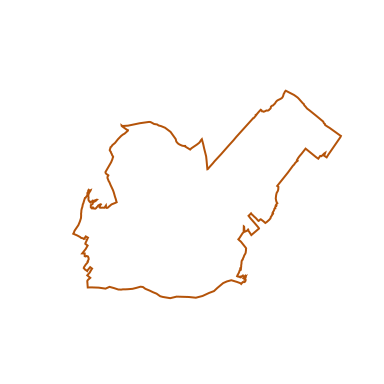 outline of Bucovat, Dolj, Romania, rotated 127°
{"feature_id": "2599482B36791492645492", "entity_name": "Bucovat", "entity_type": "district", "adm_level": 2, "iso_a3": "ROU", "parent_name": "Romania", "parent_adm1": "Dolj", "projection": "orthographic", "projection_center": [23.683, 44.282], "detail": "fine", "context": "isolated", "style": "outline", "palette": "amber", "viewbox_px": 384, "rotation_deg": 127, "n_neighbors": 0, "source": "geoboundaries", "source_scale": "gbopen_adm2", "svg_char_len": 5971}
<svg xmlns="http://www.w3.org/2000/svg" viewBox="0 0 384 384"><g transform="rotate(127 192 192)"><path d="M181.2,288.3L181.5,288.0L181.6,287.2L181.5,282.0L181.3,280.6L181.2,280.3L181.6,280.1L186.1,281.0L187.3,281.6L189.7,282.3L194.5,282.9L199.1,283.0L202.5,283.8L204.3,283.7L205.3,284.0L206.4,283.5L207.9,283.0L208.2,282.8L208.5,282.1L208.7,281.1L209.3,280.5L209.8,279.2L210.3,278.5L210.8,277.6L211.1,276.6L211.4,276.1L212.3,275.9L213.8,275.3L216.9,274.5L228.2,273.1L228.8,272.4L229.1,271.3L229.1,270.3L229.0,269.2L229.0,268.8L229.2,268.7L230.5,268.7L231.2,268.3L231.7,267.9L233.6,264.8L233.8,264.0L235.4,261.3L238.1,256.2L239.5,254.1L242.1,250.7L243.6,248.5L244.5,247.4L245.5,246.0L247.2,246.9L250.3,248.8L255.4,249.9L256.2,250.8L256.1,251.4L255.7,251.9L254.8,252.4L254.6,252.6L256.1,252.5L257.3,252.5L258.2,253.8L259.7,255.7L259.9,256.2L259.9,256.5L258.9,256.9L258.4,257.3L256.7,257.3L256.7,257.5L257.5,258.0L259.3,258.8L260.4,258.7L261.3,258.9L262.6,258.9L263.3,259.1L263.7,259.4L263.8,259.8L264.3,260.5L264.0,261.8L265.1,261.8L265.3,261.9L265.2,263.5L263.4,264.9L261.5,264.2L261.0,264.6L259.0,264.5L258.1,264.0L256.9,263.5L255.4,263.3L255.5,263.5L256.6,264.1L257.6,264.8L258.7,265.4L258.5,265.7L258.7,266.2L259.8,266.2L260.4,266.5L260.8,267.1L261.5,267.0L261.3,268.2L260.9,269.4L260.7,269.8L259.8,270.6L258.8,271.2L258.2,271.7L257.9,272.3L255.6,273.5L253.5,273.8L251.9,273.9L251.6,274.0L252.4,274.4L252.5,275.0L252.4,275.8L253.2,275.8L254.1,275.1L255.5,275.0L255.9,274.9L256.5,274.2L257.9,273.6L259.9,273.6L260.7,273.5L261.2,273.9L263.5,273.1L266.7,271.9L267.5,271.8L269.9,270.6L271.7,270.0L273.4,269.2L274.7,268.3L276.0,267.6L277.5,266.4L279.6,265.0L283.0,263.8L286.9,262.8L293.1,262.5L294.0,262.4L295.4,261.9L296.8,261.7L295.8,257.6L295.3,254.4L295.4,253.1L295.2,252.5L294.7,251.4L294.5,250.6L294.6,250.1L294.2,249.8L294.2,250.0L291.4,250.1L291.1,247.6L291.8,247.5L293.8,247.0L297.1,246.3L297.6,246.0L297.6,243.1L301.4,242.6L307.1,242.7L305.7,240.7L307.8,239.1L307.6,238.3L307.4,238.1L306.5,237.7L306.1,236.3L307.0,234.8L308.0,234.0L310.3,233.6L310.4,233.1L311.6,233.0L313.8,233.2L316.9,233.0L317.9,232.7L318.3,230.8L318.3,230.5L318.2,230.1L318.2,228.1L317.3,228.3L313.3,228.1L313.3,225.7L315.0,225.6L317.8,225.2L321.6,225.5L321.8,221.6L324.7,222.2L325.7,222.2L326.3,221.9L331.0,217.8L328.9,215.2L324.5,208.9L321.2,202.9L317.4,200.8L315.7,196.5L314.2,192.1L312.4,189.6L311.4,188.7L309.0,185.6L305.2,181.3L302.0,178.7L298.7,176.2L297.9,174.9L297.4,173.9L297.4,171.0L296.2,166.4L295.5,162.8L294.5,159.1L294.4,154.7L293.4,152.2L289.9,145.5L284.8,141.3L277.8,131.4L274.1,125.3L268.7,121.0L262.3,117.6L257.9,114.8L253.3,114.0L246.0,112.3L242.4,110.3L238.8,107.5L236.8,102.1L235.8,98.8L235.7,97.8L235.8,97.4L233.5,97.3L233.2,97.0L232.7,96.2L232.2,95.8L231.3,95.7L229.9,96.2L229.8,96.5L229.6,97.3L230.0,97.5L229.4,97.8L228.8,97.5L228.5,97.6L228.7,97.8L229.5,98.3L229.6,98.5L229.3,98.4L228.4,97.9L228.0,97.8L227.7,98.1L227.3,98.2L228.5,98.6L227.8,98.7L227.0,98.4L226.7,98.6L226.6,99.0L228.0,99.3L228.4,99.5L228.9,100.5L228.7,100.7L228.2,100.9L228.1,101.1L229.5,101.5L230.0,102.0L230.0,101.4L231.1,102.0L231.2,103.0L231.5,103.9L231.8,104.1L232.1,105.3L231.0,105.6L228.2,106.0L225.7,106.8L225.5,106.7L225.1,106.2L224.8,106.2L224.0,106.6L224.1,107.3L223.9,107.6L223.6,107.6L223.2,107.3L222.3,107.6L221.1,108.5L218.9,109.7L218.6,110.0L217.2,110.8L215.9,111.0L215.4,110.8L214.5,111.3L213.1,111.5L211.6,112.0L210.5,112.2L209.2,112.3L208.2,112.6L205.9,113.9L205.5,114.3L204.5,114.8L204.2,115.4L202.2,123.1L202.1,125.1L201.9,126.5L200.1,126.4L194.5,126.8L193.3,126.6L193.0,126.6L188.3,129.9L188.3,129.6L188.5,129.3L189.4,128.6L191.2,127.0L192.0,126.0L189.8,124.7L188.2,124.6L188.3,124.3L188.8,123.9L189.2,123.1L189.3,122.5L190.7,118.7L180.9,116.5L180.5,117.1L179.0,123.8L177.9,129.2L177.0,132.5L175.2,132.2L173.5,132.0L173.9,130.7L174.0,129.0L174.2,128.0L174.4,125.3L174.8,123.3L175.1,121.5L174.8,121.3L172.7,120.9L172.4,120.7L172.4,117.4L172.6,114.8L170.8,114.2L167.7,113.6L166.1,113.5L165.4,113.6L164.7,114.0L162.6,114.1L161.3,114.5L160.9,114.7L160.9,114.2L160.5,114.2L160.3,114.3L160.2,114.7L159.1,115.3L157.7,115.4L156.6,115.7L155.9,116.1L155.2,116.1L154.9,115.8L154.6,116.2L153.8,116.5L153.2,116.5L152.7,116.2L152.1,116.4L152.1,117.1L150.5,117.2L149.6,117.1L149.4,118.0L148.9,118.6L148.6,119.2L146.8,121.2L143.9,122.9L141.9,123.8L139.5,124.1L138.0,124.7L135.9,126.1L135.9,126.3L135.9,127.6L118.8,127.1L110.3,127.2L108.4,126.9L107.3,127.1L106.3,127.0L104.3,126.7L103.9,126.4L103.5,126.4L103.4,127.4L100.7,127.7L98.4,127.7L95.4,127.5L89.0,127.4L89.5,113.8L89.4,111.2L86.0,111.3L85.7,110.9L85.5,110.2L85.2,110.1L81.8,109.6L80.6,109.2L81.1,109.0L83.5,108.5L83.3,105.3L80.4,105.6L58.9,106.5L57.6,106.8L57.7,107.7L58.0,120.9L58.2,122.7L58.4,125.9L58.2,126.3L57.7,126.8L57.7,127.7L57.6,128.2L56.8,129.6L56.4,138.2L56.1,147.2L56.1,150.4L55.5,152.7L55.2,154.5L54.4,155.8L54.5,156.6L53.2,163.0L53.0,164.4L53.0,165.6L53.1,168.9L54.7,178.1L55.9,178.2L57.2,177.9L58.4,177.8L60.8,176.9L62.5,176.7L64.3,177.3L66.8,178.6L67.8,179.0L69.3,179.2L71.6,179.0L73.0,179.3L73.9,179.3L75.0,180.0L75.7,180.2L76.4,180.3L77.7,179.6L78.1,179.6L78.5,179.6L79.6,179.9L80.3,179.9L81.2,180.3L81.7,180.9L81.9,181.4L82.2,181.7L83.0,182.0L84.7,183.0L84.8,183.3L84.9,183.9L85.4,184.6L85.2,185.3L84.8,186.1L84.6,186.4L84.1,186.5L87.9,186.9L91.6,187.1L91.7,187.3L92.0,187.4L92.1,187.0L94.7,187.1L95.8,187.2L96.1,187.3L96.3,187.6L96.7,187.6L121.5,189.8L125.8,190.0L132.3,190.6L144.1,191.5L153.9,192.5L156.6,192.6L161.1,193.0L164.3,193.2L164.6,193.4L158.3,199.1L155.0,202.2L150.0,208.4L147.0,211.9L143.9,215.9L145.2,216.0L147.5,215.8L148.5,215.9L151.1,216.6L157.5,218.8L159.2,219.0L159.8,225.1L159.4,225.3L160.4,226.6L161.0,228.0L161.6,230.7L161.7,232.3L161.3,234.4L160.8,235.4L160.2,236.0L159.5,237.0L156.9,245.3L156.9,252.2L158.0,256.4L159.0,258.8L159.0,260.4L160.5,263.2L160.9,266.1L161.1,267.2L161.8,268.4L168.5,275.1L177.5,283.0L181.2,287.3L181.2,288.3Z" fill="none" stroke="#b45309" stroke-width="2"/></g></svg>